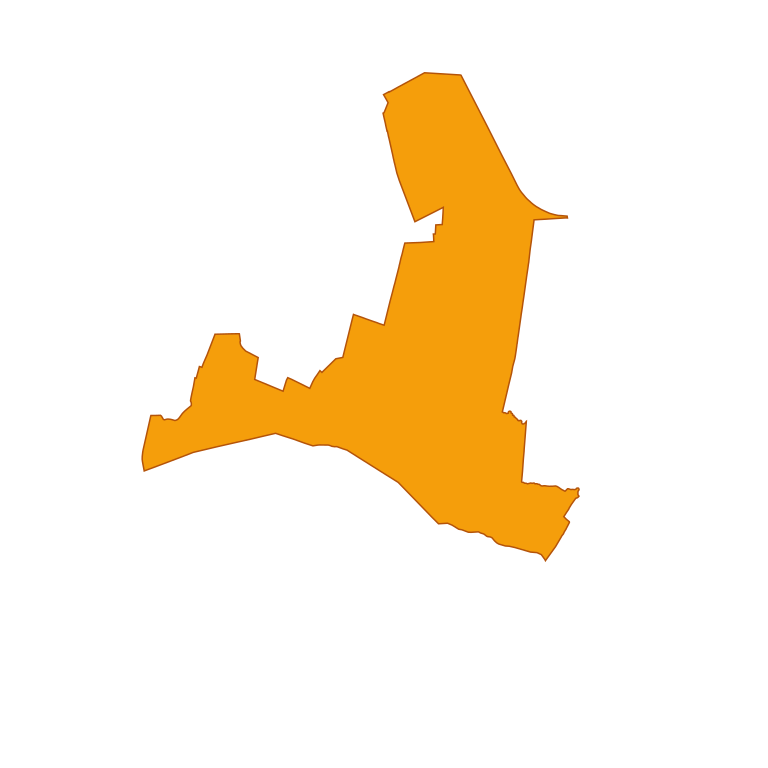 outline of Blejoi, Prahova, Romania, rotated 145°
{"feature_id": "2599482B27546040450350", "entity_name": "Blejoi", "entity_type": "district", "adm_level": 2, "iso_a3": "ROU", "parent_name": "Romania", "parent_adm1": "Prahova", "projection": "orthographic", "projection_center": [25.998, 44.974], "detail": "fine", "context": "isolated", "style": "filled", "palette": "amber", "viewbox_px": 768, "rotation_deg": 145, "n_neighbors": 0, "source": "geoboundaries", "source_scale": "gbopen_adm2", "svg_char_len": 6015}
<svg xmlns="http://www.w3.org/2000/svg" viewBox="0 0 768 768"><g transform="rotate(145 384 384)"><path d="M419.5,238.2L411.8,233.5L409.2,229.4L406.1,222.2L403.8,219.9L400.0,214.3L397.8,212.6L391.4,208.7L390.3,206.5L388.5,204.2L388.1,203.4L387.2,200.4L386.6,199.5L384.6,197.7L383.7,196.0L383.4,192.1L382.8,189.3L381.8,187.1L377.5,181.7L374.5,179.3L370.5,174.9L360.4,162.3L355.4,158.1L353.0,154.0L352.9,147.8L353.1,146.7L336.7,152.4L326.2,157.2L325.5,157.6L323.0,158.3L321.4,159.3L319.4,160.2L318.1,160.7L317.9,160.9L313.7,163.1L312.6,163.7L311.6,164.2L311.2,164.9L312.2,168.6L312.8,172.2L310.3,173.2L308.2,174.1L304.5,175.5L303.6,176.1L299.5,177.9L295.0,179.5L292.5,180.4L291.5,180.1L290.8,179.9L289.6,180.0L288.6,180.3L288.6,180.9L288.6,182.1L288.5,182.4L288.1,182.8L287.7,183.5L287.2,184.1L286.8,184.6L286.4,184.9L286.0,185.0L285.6,185.2L285.1,185.4L284.8,185.6L284.6,186.0L284.5,186.4L284.4,186.9L284.5,187.2L284.7,187.5L284.9,187.6L285.6,188.0L285.9,188.1L286.0,188.1L286.3,188.1L286.6,187.9L286.8,187.8L287.1,187.8L287.3,187.8L287.5,187.8L288.5,188.2L289.6,189.2L290.1,189.6L291.2,190.2L291.8,190.7L292.3,191.5L293.1,192.5L293.8,192.9L295.5,192.6L296.9,192.3L297.4,192.6L298.0,193.9L298.8,195.3L299.4,196.8L300.2,199.1L301.1,201.0L302.0,202.1L304.6,203.6L307.5,205.6L308.9,206.8L310.6,208.4L311.5,209.0L312.7,209.6L313.7,210.5L314.4,212.8L315.6,213.8L315.8,214.5L317.6,215.7L317.8,216.7L318.5,217.2L319.7,217.7L320.5,218.7L322.1,219.3L323.7,219.9L324.5,221.2L325.7,222.0L326.2,223.4L327.3,224.3L327.4,224.6L327.3,225.1L320.8,232.8L312.7,242.8L307.9,248.5L306.5,250.3L299.4,258.9L291.1,269.0L288.8,271.8L289.0,271.8L290.6,270.9L291.6,271.3L292.1,271.1L292.8,271.3L293.2,271.6L293.4,271.9L293.6,272.1L293.6,272.5L293.3,273.7L293.0,273.9L292.6,274.3L292.6,274.8L292.7,275.3L292.8,275.8L293.4,275.9L293.8,276.1L294.2,276.4L294.3,276.7L294.6,276.6L294.8,276.9L295.0,277.0L295.2,277.4L295.1,279.1L295.6,280.9L295.6,281.6L295.8,281.9L296.1,282.1L296.2,282.4L296.2,282.5L296.0,282.8L295.9,283.0L295.8,283.4L295.7,283.6L295.7,283.8L295.8,283.9L295.9,284.0L296.0,284.2L296.3,284.3L296.5,284.5L296.5,284.8L296.3,284.9L296.2,285.1L296.1,285.3L296.0,285.6L296.0,285.9L295.9,286.0L295.9,286.3L296.0,286.5L296.3,286.8L296.4,287.0L296.5,287.2L296.5,287.3L296.5,287.5L296.4,287.6L296.2,287.9L296.0,288.1L296.0,288.3L295.9,288.5L296.0,288.9L296.1,289.1L296.3,289.4L296.7,289.7L297.1,289.8L297.5,289.9L297.9,289.8L298.2,289.7L298.5,289.4L298.8,289.1L299.0,288.8L299.3,288.9L299.8,289.1L300.2,289.3L300.5,289.5L300.8,289.8L300.9,290.3L301.1,290.6L301.3,290.9L301.4,291.1L301.8,291.4L302.2,291.5L302.4,291.7L302.5,291.8L302.6,292.2L302.7,292.5L302.8,292.9L303.0,293.1L303.1,293.3L302.9,293.4L288.1,306.6L283.2,311.0L278.2,315.4L273.2,319.8L268.4,324.6L263.1,329.0L262.0,330.0L260.2,331.8L256.5,335.7L253.7,338.7L252.2,340.4L251.9,340.6L247.8,345.1L246.7,346.2L234.1,359.7L233.7,360.1L231.8,362.2L226.9,367.3L224.6,369.8L223.4,371.1L221.3,373.3L219.5,375.2L207.3,388.3L207.0,388.6L206.3,389.4L199.3,396.8L197.0,399.3L195.7,400.6L193.7,402.9L186.9,410.6L180.9,417.0L180.2,417.8L166.9,432.4L161.7,429.2L160.6,428.5L156.7,426.1L148.8,421.3L140.3,416.1L138.5,414.8L137.7,416.5L139.9,418.3L141.9,420.0L144.7,422.2L147.0,424.7L149.1,427.2L150.4,428.8L152.4,432.1L154.2,435.2L155.2,437.0L156.6,440.1L157.5,442.0L158.7,445.4L159.4,447.9L159.8,449.9L160.3,451.9L160.7,453.8L161.0,456.2L161.5,462.3L161.5,465.6L161.0,470.3L159.0,483.5L156.7,500.7L156.2,504.4L151.6,536.1L151.0,540.5L148.0,562.3L143.8,592.8L144.4,593.5L172.3,615.7L201.2,619.0L207.1,619.6L212.4,620.2L212.3,620.6L214.3,620.8L218.4,621.3L219.0,614.7L219.3,612.1L226.5,607.4L228.4,606.2L229.4,606.4L230.8,603.1L231.9,600.4L233.6,596.2L234.1,595.2L236.4,589.6L236.1,589.6L236.1,589.4L236.8,587.7L238.4,584.1L238.9,582.7L239.5,581.2L242.3,574.4L242.5,573.9L243.1,572.4L244.2,569.8L245.0,567.8L246.9,563.4L247.4,562.1L247.6,561.6L248.3,560.0L249.2,557.6L252.4,549.6L252.6,549.0L254.5,542.7L254.7,542.1L265.6,499.2L244.7,496.2L234.1,494.7L237.2,490.7L240.3,486.8L241.0,485.9L243.9,482.4L244.8,481.2L250.3,484.6L255.9,477.5L256.9,478.1L257.2,478.3L257.6,478.5L257.9,477.8L261.5,472.1L272.8,478.9L286.1,487.5L290.3,483.9L294.8,479.9L297.8,477.5L300.1,475.4L301.4,474.2L302.9,472.9L303.7,472.2L304.6,471.3L307.4,468.9L308.3,468.1L313.7,463.5L317.0,460.6L319.6,458.5L324.0,454.7L324.7,454.1L331.7,448.2L349.1,433.0L350.2,432.1L353.5,436.6L354.4,438.0L356.6,441.0L357.9,442.8L359.0,444.3L359.2,444.6L359.7,445.3L360.1,445.9L360.3,446.1L360.4,446.3L361.0,447.1L363.6,450.9L366.3,454.6L366.7,455.2L368.0,456.9L368.7,457.9L369.0,458.3L369.1,458.5L373.4,454.8L378.9,450.0L386.8,443.1L391.5,439.0L402.5,429.4L409.0,432.3L425.9,429.5L428.2,429.1L428.8,431.7L433.5,429.9L437.4,428.5L440.9,426.8L447.3,423.0L456.9,440.6L459.2,444.4L461.7,443.1L470.8,436.0L472.1,438.0L487.3,461.9L478.4,471.1L476.3,473.3L471.9,477.8L478.4,490.3L479.1,494.3L479.2,497.5L478.7,499.2L477.8,501.1L477.0,501.5L473.7,508.1L474.0,508.4L481.1,513.2L493.9,521.7L494.0,521.6L512.4,509.2L516.2,506.9L520.1,504.5L523.6,502.1L524.2,503.0L525.2,504.2L529.1,500.9L534.4,496.5L535.3,497.5L541.7,491.1L546.3,486.9L549.7,483.7L551.9,481.5L552.3,480.8L552.4,480.0L552.7,479.0L554.1,477.0L554.9,476.8L559.2,476.5L563.0,476.1L566.1,475.5L570.9,473.8L573.2,473.3L574.8,473.5L576.2,474.0L578.1,476.4L579.2,477.6L580.7,478.9L581.9,479.7L583.8,480.4L584.4,480.6L585.0,481.5L585.0,482.1L584.8,483.8L584.8,484.7L584.7,485.3L585.1,486.6L589.4,489.4L593.0,491.9L593.4,491.6L619.0,468.3L620.8,466.5L623.6,463.3L625.3,461.0L626.3,459.1L627.6,456.3L630.3,450.3L629.0,450.0L627.5,449.6L615.6,446.5L591.7,440.4L579.5,437.4L557.3,428.6L539.2,421.2L524.4,415.1L514.3,411.1L501.1,405.8L496.6,399.7L490.1,391.2L482.9,381.0L477.7,374.1L473.4,372.0L472.0,371.2L468.1,368.4L464.7,366.0L463.7,364.8L463.2,364.1L462.4,362.8L461.3,361.8L460.5,361.0L459.2,360.2L458.5,359.7L454.8,354.4L453.4,352.6L452.2,351.0L447.2,339.0L441.2,324.7L434.1,307.8L428.8,295.3L425.6,275.4L421.1,247.2L419.5,238.2Z" fill="#f59e0b" stroke="#b45309" stroke-width="1.5"/></g></svg>